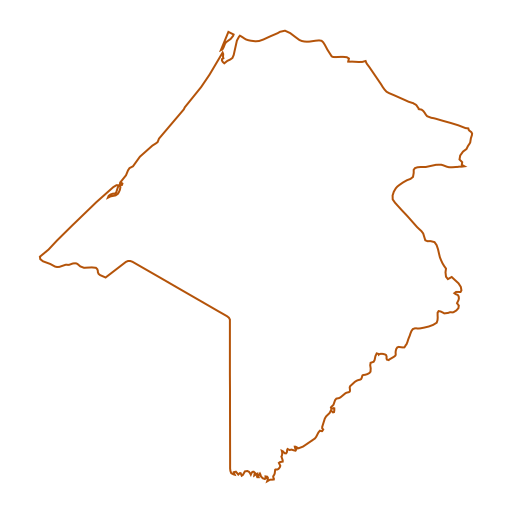 the State of Chiapas, rotated 90°
{"feature_id": "MEX-2735", "entity_name": "Chiapas", "entity_type": "State", "adm_level": 1, "iso_a3": "MEX", "parent_name": "Mexico", "parent_adm1": "", "projection": "mercator", "projection_center": [-92.17, 16.27], "detail": "fine", "context": "isolated", "style": "outline", "palette": "amber", "viewbox_px": 512, "rotation_deg": 90, "n_neighbors": 0, "source": "natural_earth", "source_scale": "10m", "svg_char_len": 5946}
<svg xmlns="http://www.w3.org/2000/svg" viewBox="0 0 512 512"><g transform="rotate(90 256 256)"><path d="M354.6,133.2L354.0,133.4L353.4,135.3L356.2,136.6L360.0,137.4L361.8,138.4L362.8,141.4L365.2,141.8L368.4,141.3L371.7,141.5L373.0,142.6L374.1,144.6L374.8,146.9L375.0,148.8L375.5,149.6L377.9,150.3L379.1,150.9L379.6,151.8L380.2,154.1L380.7,155.3L381.8,157.1L386.1,161.8L387.3,162.3L390.2,162.0L391.5,162.2L392.1,163.0L392.7,165.4L393.2,166.5L397.4,171.6L398.1,173.0L398.6,175.6L400.1,176.9L404.7,178.5L405.4,179.1L406.9,180.7L407.5,181.1L408.7,180.6L408.6,179.4L408.1,178.3L408.3,177.7L410.4,177.7L412.1,178.0L412.4,179.0L410.4,181.1L412.9,182.3L416.4,185.9L418.6,187.2L426.9,189.8L428.3,189.8L429.5,188.8L431.1,189.8L431.1,190.6L430.7,192.1L432.5,193.6L436.8,195.8L438.5,197.1L446.6,209.0L448.3,213.5L446.7,216.4L446.7,217.2L447.7,217.0L448.3,216.8L448.8,216.4L449.1,215.5L450.7,216.5L450.3,218.3L449.6,220.4L450.0,222.5L449.0,224.4L450.0,224.9L451.9,225.0L453.3,225.8L453.3,227.1L452.5,228.1L451.4,229.0L450.8,230.2L452.3,229.8L454.2,229.8L455.9,230.2L456.6,230.6L457.3,230.3L460.4,229.3L461.6,229.3L462.1,232.0L462.9,233.1L465.8,231.7L467.1,232.1L468.2,232.9L469.0,233.6L469.6,235.0L469.4,236.1L469.7,236.8L473.5,237.3L474.8,237.8L475.6,238.4L476.4,238.8L477.7,238.6L478.8,238.1L479.5,238.2L479.7,240.0L479.7,241.7L479.9,242.4L481.3,244.8L479.4,244.2L477.8,244.1L476.7,244.8L476.4,246.5L477.2,246.5L477.2,245.6L478.0,245.6L479.0,247.2L478.3,249.2L476.5,251.0L474.3,251.7L473.5,252.1L474.7,253.0L476.4,253.7L477.2,253.4L477.2,254.7L476.4,255.0L475.4,254.7L474.7,254.2L474.6,254.6L474.6,254.9L474.4,255.1L473.9,255.0L474.3,255.7L475.1,257.1L475.5,257.7L474.0,257.5L473.6,257.3L473.1,256.8L471.7,258.3L471.9,259.6L473.1,260.5L474.7,261.2L473.3,261.9L471.8,263.0L471.0,264.7L471.4,267.1L474.9,269.1L475.7,270.3L473.1,271.4L473.1,272.2L474.6,273.7L471.7,276.1L472.2,278.3L473.1,278.3L473.5,277.8L473.7,277.7L474.0,277.6L474.7,277.3L474.4,278.4L473.5,280.2L473.1,280.8L470.9,281.6L468.5,281.9L457.7,281.9L408.0,282.0L391.4,282.0L374.8,282.1L341.7,282.1L319.6,282.1L317.7,283.1L316.2,285.0L313.5,289.7L311.3,293.6L305.4,303.8L297.1,318.2L287.6,334.7L278.1,351.1L261.8,379.5L261.0,381.7L261.0,384.0L261.9,386.1L277.5,406.4L275.1,411.9L273.9,413.4L272.3,414.1L270.7,414.2L269.2,414.7L267.8,416.1L267.4,420.2L267.8,428.0L266.4,431.7L263.9,434.6L263.3,436.1L263.4,438.7L263.7,439.8L264.8,442.8L264.9,443.8L264.7,445.6L264.8,446.5L266.9,452.7L267.0,455.0L266.6,456.9L264.0,461.7L261.3,469.0L259.2,471.7L256.7,472.1L256.2,471.5L249.6,463.5L240.4,454.9L225.3,439.6L202.2,415.7L187.1,398.7L185.2,395.5L185.3,392.9L187.2,394.1L192.4,395.8L193.5,396.9L193.7,399.2L194.5,401.5L195.8,403.3L197.7,404.1L196.4,401.5L195.4,396.4L193.9,394.2L192.3,393.2L189.8,392.1L187.2,391.6L185.3,392.1L184.9,390.0L183.6,389.6L182.9,390.5L184.5,392.1L182.5,391.8L175.3,386.0L170.4,384.0L168.1,382.5L166.3,379.0L156.7,372.1L145.6,359.6L143.4,356.1L142.1,354.4L138.6,353.0L109.4,328.2L107.3,327.2L87.1,310.9L74.7,302.5L52.6,289.4L54.0,288.8L56.9,289.0L58.3,288.6L59.1,290.0L60.4,290.1L62.0,289.2L63.3,287.7L60.9,284.7L59.6,281.9L58.0,279.6L55.0,278.3L40.6,275.1L36.9,273.1L35.7,272.1L36.4,270.8L37.4,269.2L38.5,267.6L39.5,265.9L40.2,263.7L40.7,261.3L41.0,258.9L41.3,256.5L41.0,252.9L39.5,248.6L37.6,244.5L36.1,241.2L34.1,236.5L33.1,234.2L31.8,232.0L30.7,227.0L33.1,221.8L36.9,216.8L40.0,212.6L41.0,210.2L41.5,207.7L41.7,205.1L41.6,202.5L41.2,199.8L40.7,196.3L40.4,192.9L40.8,190.4L42.3,188.8L44.8,187.2L47.4,185.8L49.5,184.7L56.4,180.3L57.0,178.9L57.1,176.3L56.9,171.9L56.9,168.6L57.2,165.2L58.5,163.1L61.6,163.8L61.7,162.9L61.7,162.0L61.7,161.0L61.6,160.2L61.8,156.8L62.0,153.2L61.9,149.6L61.0,146.4L62.6,145.8L64.0,145.0L66.9,142.8L84.5,130.8L87.0,129.3L89.5,127.5L91.7,125.5L93.1,123.0L95.2,118.0L98.4,110.8L100.0,107.2L101.7,103.5L102.7,100.4L103.2,98.7L103.8,97.9L104.5,96.5L105.2,95.6L107.3,94.2L107.8,93.8L108.4,93.4L108.9,93.4L109.2,93.1L109.5,90.9L109.8,90.2L111.0,88.7L112.7,87.4L114.6,86.2L116.2,84.9L116.9,83.1L117.8,80.7L118.2,78.3L118.7,76.3L120.9,68.8L123.0,61.2L125.3,53.7L128.1,46.5L128.4,43.7L129.8,43.3L130.6,42.7L132.1,40.7L133.5,39.9L135.2,40.1L138.2,41.1L142.5,41.8L143.6,42.4L146.1,44.1L149.0,45.5L151.6,49.0L155.5,51.8L159.5,52.5L162.2,49.8L164.8,50.2L166.3,47.6L166.6,49.8L166.7,50.6L166.7,53.2L166.9,54.1L167.0,56.4L167.2,58.7L167.3,61.0L167.2,63.2L166.7,65.2L166.0,67.0L165.3,68.8L164.7,70.9L164.8,76.0L165.9,81.1L167.0,86.2L167.0,91.4L167.3,94.6L168.1,97.0L169.8,98.3L172.9,98.3L176.9,99.0L178.9,101.5L180.2,105.0L182.4,108.9L183.7,110.8L185.1,112.8L186.6,114.7L188.3,116.2L191.7,118.2L195.5,119.4L199.4,119.3L202.7,117.0L203.6,116.2L204.1,115.7L204.6,115.3L210.1,110.3L211.9,108.6L215.5,105.2L216.7,104.1L227.0,95.0L229.0,92.9L231.1,90.6L233.5,88.8L236.1,88.0L240.3,86.7L241.2,84.5L241.1,81.5L242.1,77.5L245.1,75.4L249.2,74.0L253.6,73.0L257.3,72.1L260.3,70.9L263.3,69.5L266.1,67.8L268.6,66.0L272.3,66.5L276.7,66.0L279.1,64.1L277.0,60.3L280.1,57.0L283.3,53.5L286.9,51.2L289.6,50.7L290.4,50.6L292.0,51.5L291.9,55.9L293.2,57.6L294.1,56.4L294.6,55.1L295.2,54.0L296.6,53.3L298.4,53.1L300.1,53.5L303.2,55.0L305.6,53.2L308.2,53.6L310.5,55.7L312.2,58.5L312.4,59.4L312.2,61.8L312.4,62.6L312.7,63.2L312.9,63.8L313.4,67.7L312.7,68.9L311.5,71.3L311.1,73.4L312.7,74.4L315.2,74.4L317.7,74.3L320.2,74.5L322.7,75.3L324.9,78.9L326.5,83.2L327.6,87.8L328.4,91.9L328.5,93.4L328.5,94.6L328.3,95.7L328.3,97.0L329.1,99.2L331.1,100.6L333.6,101.6L335.8,102.3L336.6,102.7L337.0,102.8L337.4,103.0L339.5,103.8L342.1,104.6L344.5,105.6L345.3,106.4L346.4,106.9L347.4,107.7L347.4,109.6L346.9,113.4L347.4,114.7L348.9,115.7L350.7,116.2L352.2,116.4L354.8,116.3L355.7,116.7L356.8,118.1L359.6,122.9L360.1,123.3L359.6,125.1L358.3,125.5L356.6,125.4L355.1,125.9L354.4,127.1L353.9,129.1L353.8,131.2L354.2,132.8L354.6,133.2ZM34.5,278.4L35.9,278.9L38.9,281.3L42.1,285.8L43.5,286.9L47.5,288.5L49.3,289.5L50.1,291.1L31.9,283.6L34.5,278.4Z" fill="none" stroke="#b45309" stroke-width="2"/></g></svg>